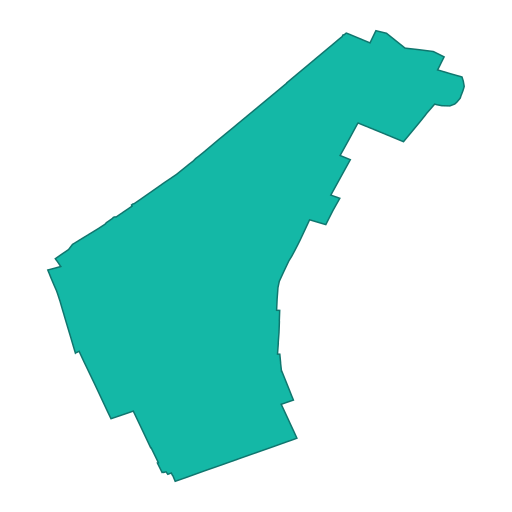 the district of Salcia Tudor, Braila, Romania
{"feature_id": "2599482B15573123019161", "entity_name": "Salcia Tudor", "entity_type": "district", "adm_level": 2, "iso_a3": "ROU", "parent_name": "Romania", "parent_adm1": "Braila", "projection": "robinson", "projection_center": [27.512, 45.411], "detail": "fine", "context": "isolated", "style": "filled", "palette": "teal", "viewbox_px": 512, "rotation_deg": 0, "n_neighbors": 0, "source": "geoboundaries", "source_scale": "gbopen_adm2", "svg_char_len": 2828}
<svg xmlns="http://www.w3.org/2000/svg" viewBox="0 0 512 512"><path d="M296.9,438.2L293.9,431.6L289.6,422.4L288.9,420.8L283.5,409.2L281.2,404.3L289.8,401.3L293.4,400.1L292.9,398.8L291.6,395.7L289.4,390.1L281.8,371.2L281.5,371.3L280.6,363.3L280.6,362.5L279.8,354.2L277.5,354.1L278.3,343.2L278.2,343.1L279.0,332.5L279.0,332.2L279.4,321.5L279.3,321.0L279.7,310.4L276.6,310.3L277.1,299.2L277.7,291.3L277.9,288.3L277.9,288.0L278.0,287.4L279.3,281.3L284.0,271.1L288.9,260.8L291.7,256.3L294.6,250.9L297.6,245.1L300.1,240.1L304.8,230.1L309.6,219.8L325.8,224.6L333.0,210.4L339.8,198.3L330.8,195.1L350.3,159.7L340.1,155.5L348.7,140.0L357.3,124.1L358.1,123.0L378.6,131.4L403.5,141.7L419.0,123.0L425.2,115.3L426.6,113.4L434.7,104.1L436.3,104.6L441.8,105.7L449.9,105.9L454.8,104.0L456.8,102.2L459.0,99.6L459.5,99.0L460.1,98.3L460.5,97.3L461.0,95.6L461.6,94.2L462.9,90.8L463.8,87.9L464.2,86.4L463.3,81.2L462.0,77.0L449.7,73.5L437.6,69.9L439.5,66.2L440.9,63.3L444.1,56.9L433.9,51.8L433.2,51.5L418.3,49.6L405.7,48.2L405.0,48.1L397.4,42.0L386.9,33.6L386.6,33.3L375.9,30.7L370.0,42.9L351.8,35.3L349.7,34.4L349.4,34.3L346.4,33.1L345.7,33.4L344.8,34.3L344.3,34.7L343.9,34.8L343.2,34.9L342.8,35.1L342.6,35.6L342.2,36.6L341.4,37.2L338.2,39.8L335.3,42.3L316.6,57.9L306.7,66.2L302.6,69.6L286.7,82.9L286.7,83.2L286.1,83.7L273.5,94.2L260.0,105.4L237.4,124.1L234.7,126.4L219.1,139.2L203.2,152.6L198.5,156.4L195.8,158.4L195.0,159.2L193.4,160.9L189.1,164.2L176.5,174.4L164.5,182.5L148.1,194.0L140.1,199.6L134.1,203.7L133.2,203.9L132.8,204.0L132.3,204.4L131.5,205.0L132.1,206.1L116.1,217.0L115.3,216.9L114.4,217.0L113.8,217.2L113.2,217.5L112.9,217.9L112.5,218.4L107.2,222.1L106.7,222.4L106.2,222.8L105.4,223.9L104.3,224.7L97.5,229.1L79.6,240.0L77.9,241.1L72.5,244.4L71.5,245.7L71.0,246.4L70.5,247.0L69.3,248.6L68.9,249.1L68.6,249.5L68.2,249.8L65.9,251.4L62.6,253.6L55.3,258.7L55.8,259.4L56.2,260.0L57.1,261.1L58.2,262.7L59.2,264.2L59.8,265.1L60.8,266.5L47.8,270.0L48.5,271.8L49.2,273.4L50.9,277.7L54.3,285.7L56.5,290.7L56.6,291.0L57.6,293.8L59.2,298.7L59.5,299.6L59.7,300.2L59.7,300.3L59.9,300.7L60.3,302.1L60.8,303.9L63.1,311.8L63.8,314.0L64.2,315.5L67.5,326.6L70.9,337.9L73.3,346.1L74.7,350.8L75.2,352.4L75.4,353.1L75.5,353.0L79.1,351.3L83.8,361.4L86.7,367.4L89.9,374.1L94.8,384.3L97.9,390.9L107.3,411.0L111.0,418.7L122.8,414.7L128.1,412.9L132.1,411.5L133.3,411.1L142.1,429.6L150.7,447.8L151.1,447.7L158.4,462.7L157.4,463.0L162.1,472.5L163.0,472.2L163.6,472.5L165.9,471.8L166.1,471.9L167.8,474.3L171.3,473.0L172.5,475.4L172.9,475.8L175.2,481.3L179.5,479.8L191.9,475.4L203.5,471.2L209.2,469.2L215.0,467.2L226.9,463.0L238.7,458.8L240.9,458.0L250.3,454.7L262.0,450.6L262.3,450.5L268.3,448.4L270.0,447.8L273.7,446.5L276.2,445.6L282.6,443.3L284.1,442.8L286.8,441.8L290.3,440.6L293.4,439.5L296.9,438.2Z" fill="#14b8a6" stroke="#0f766e" stroke-width="1.5"/></svg>